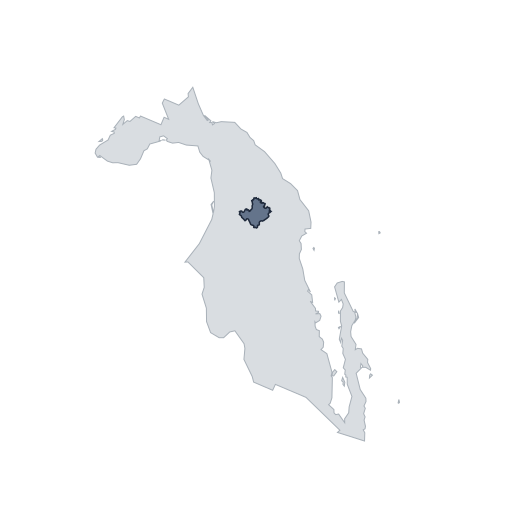 Guanajuato highlighted on a map of Mexico, rotated 203°
{"feature_id": "MEX-2728", "entity_name": "Guanajuato", "entity_type": "State", "adm_level": 1, "iso_a3": "MEX", "parent_name": "Mexico", "parent_adm1": "", "projection": "natural_earth1", "projection_center": [-100.934, 20.889], "detail": "fine", "context": "in_parent", "style": "filled", "palette": "slate", "viewbox_px": 512, "rotation_deg": 203, "n_neighbors": 0, "source": "natural_earth", "source_scale": "10m", "svg_char_len": 8196}
<svg xmlns="http://www.w3.org/2000/svg" viewBox="0 0 512 512"><g transform="rotate(203 256 256)"><path d="M83.8,128.1L112.1,125.4L110.7,128.4L154.7,145.4L188.0,145.4L188.2,138.9L208.9,139.0L212.4,143.6L226.7,156.1L230.1,166.6L232.7,170.6L246.2,178.9L250.5,175.8L253.9,168.1L258.0,166.4L267.8,167.7L275.9,176.3L281.3,188.6L290.8,199.8L291.4,206.9L295.6,215.6L316.3,223.9L319.0,222.6L313.0,245.2L311.0,272.3L312.0,278.1L317.5,285.9L316.4,290.0L316.7,285.8L312.1,279.2L313.6,285.3L319.1,298.0L328.0,310.2L330.1,317.7L336.4,325.5L334.7,325.3L338.2,327.1L337.1,326.0L343.6,327.0L348.3,329.6L352.5,334.6L363.5,330.9L371.6,330.3L376.9,327.3L382.6,326.8L383.8,327.9L383.4,329.4L388.0,330.5L391.1,328.1L390.2,324.1L388.7,325.1L389.1,324.3L397.5,317.6L397.9,312.2L400.3,309.1L400.3,300.3L401.7,293.8L408.1,290.0L419.5,288.0L424.4,285.8L429.9,285.3L439.1,287.5L439.8,286.1L437.4,286.0L440.5,285.0L444.3,287.9L445.0,291.8L443.3,297.0L437.5,305.0L437.3,310.3L434.4,313.5L435.0,314.7L437.6,314.3L434.9,317.6L434.9,319.0L436.8,318.6L433.4,331.9L432.5,333.1L430.5,330.1L430.0,325.1L427.4,330.3L424.6,330.6L421.3,337.5L417.3,337.5L417.0,339.7L394.8,339.7L394.8,347.8L389.8,347.7L402.0,360.1L401.7,364.7L386.0,364.7L380.4,376.1L382.0,379.0L380.1,386.6L368.6,373.6L359.4,364.9L353.8,361.6L353.1,362.5L358.4,365.4L350.3,362.8L350.8,360.7L348.7,361.6L347.3,359.7L345.9,361.7L348.6,362.7L344.5,363.2L340.5,366.1L327.8,370.7L319.5,367.0L312.6,366.2L307.9,362.8L303.2,361.3L300.2,358.0L288.9,355.4L274.8,348.5L265.6,342.0L261.8,337.6L252.3,336.1L243.3,332.4L237.6,325.1L225.2,318.2L218.6,308.7L216.4,302.8L221.4,300.0L220.6,297.5L218.4,296.7L221.7,292.3L222.1,286.9L219.4,285.1L216.8,279.8L216.9,274.9L215.2,270.6L207.9,262.4L201.6,252.6L191.8,244.1L194.6,245.7L194.8,243.8L189.5,242.0L185.7,235.3L188.4,235.5L180.8,231.0L179.7,228.7L176.8,229.5L176.4,228.5L178.6,225.9L174.8,227.9L172.6,226.0L172.2,221.6L175.0,217.7L176.0,218.4L174.1,214.4L171.7,211.9L168.5,212.0L166.3,206.5L162.4,205.4L160.0,203.0L158.5,198.3L159.6,195.2L152.6,193.8L140.6,178.6L140.0,175.0L138.2,173.9L130.7,155.1L130.2,149.4L131.1,147.5L124.3,145.1L122.9,142.1L120.7,141.1L118.2,142.8L109.2,137.2L110.8,140.8L109.4,147.9L111.3,153.5L112.8,164.2L121.9,173.6L124.7,180.0L126.1,179.7L126.8,181.6L128.1,181.8L129.3,185.9L132.0,187.2L133.3,195.8L138.0,200.2L139.6,205.0L141.8,206.5L143.3,212.3L145.2,213.7L144.2,209.4L146.8,211.9L149.8,225.1L152.8,228.9L156.8,238.4L156.1,242.4L157.0,245.9L160.4,249.4L161.7,245.9L171.6,258.3L170.7,262.9L166.7,266.3L164.5,266.7L160.3,256.5L144.8,242.9L143.3,243.0L140.2,238.8L139.6,235.8L140.6,229.4L139.3,223.3L137.0,219.0L129.4,213.7L128.0,208.5L126.5,210.7L122.6,211.7L119.8,208.2L112.7,204.5L111.7,201.5L106.4,197.1L106.0,195.6L111.5,196.4L114.7,195.1L114.7,196.5L117.4,198.0L116.4,194.4L115.2,194.2L118.0,187.2L107.9,173.8L99.3,168.0L97.9,165.1L98.0,160.1L95.9,158.5L95.3,152.9L92.7,150.5L92.4,147.2L88.7,142.0L88.1,139.5L89.4,137.9L86.8,135.8L83.8,128.1ZM140.1,178.8L139.1,182.2L136.4,181.1L137.6,176.0L139.2,175.4L140.1,178.8ZM128.8,178.1L124.9,174.5L123.9,170.7L125.9,171.9L126.4,174.0L128.4,174.6L128.8,178.1ZM443.3,304.0L442.3,302.8L442.7,301.3L445.3,300.0L443.3,304.0ZM140.3,243.0L137.5,239.5L139.3,232.4L138.7,238.7L140.3,243.0ZM104.5,192.3L102.3,191.8L103.9,188.0L104.8,190.8L104.5,192.3ZM68.4,179.7L66.7,177.3L67.1,176.2L67.8,176.3L68.4,179.7ZM142.7,243.1L144.3,245.9L140.8,243.2L142.7,243.1ZM206.5,285.2L206.1,286.4L205.2,285.9L204.8,283.9L206.5,285.2ZM157.9,235.9L158.6,238.0L156.7,235.3L157.9,235.9ZM151.2,221.5L152.2,222.4L150.6,224.4L151.2,221.5ZM152.5,326.4L151.8,326.7L150.7,325.8L151.6,324.6L152.5,326.4ZM386.5,326.8L384.5,327.3L387.9,326.1L386.5,326.8ZM167.3,248.2L166.3,248.0L166.2,245.9L167.3,248.2Z" fill="#d9dde1" stroke="#a8b0b8" stroke-width="1"/><path d="M287.6,287.9L287.6,288.1L287.5,288.3L287.5,288.5L287.6,288.9L287.6,289.0L287.5,289.3L287.6,289.8L287.8,290.0L288.1,290.0L288.4,290.1L288.6,290.2L288.6,290.4L288.5,290.6L288.4,290.7L288.2,290.8L287.9,291.0L287.7,291.2L287.7,291.3L287.6,291.5L287.4,291.6L287.1,291.7L286.8,291.7L286.5,291.7L286.2,291.4L285.9,291.2L285.7,291.1L285.2,291.1L284.9,291.2L284.6,291.4L284.4,291.7L284.3,292.2L284.2,292.7L284.1,293.2L284.1,293.7L284.1,294.1L284.1,294.4L284.0,294.8L283.9,295.0L283.7,295.2L283.4,295.3L283.3,295.5L283.2,295.6L282.8,295.7L282.6,295.5L282.5,295.3L282.3,295.0L282.2,295.0L282.2,294.9L281.8,295.0L281.6,295.2L281.4,295.4L281.2,295.5L280.9,295.4L280.7,295.4L280.4,295.3L280.1,295.2L279.9,294.6L279.7,294.4L279.3,294.7L279.2,295.0L279.1,295.3L278.9,295.5L278.8,295.9L278.8,296.2L278.8,296.4L278.7,296.7L278.6,296.9L278.5,297.1L278.2,297.7L278.2,298.3L278.3,298.9L278.6,299.5L278.8,300.0L279.0,300.2L279.1,300.5L279.2,301.0L279.2,301.6L279.2,302.1L279.4,302.6L279.5,302.7L279.5,302.8L279.8,303.1L280.1,303.4L280.3,303.7L280.4,304.1L280.5,304.4L280.8,304.6L281.0,304.7L281.1,305.0L281.4,305.1L281.5,305.1L281.6,305.3L281.4,305.5L281.2,305.8L281.1,306.0L281.0,306.4L280.8,306.6L280.7,306.6L280.4,306.6L280.3,306.8L280.3,307.0L280.2,307.3L280.4,307.7L280.5,308.2L280.5,308.7L280.3,308.8L280.0,308.9L279.7,308.9L279.4,308.9L279.1,309.0L278.9,309.4L278.8,309.6L278.6,309.7L278.5,309.3L278.5,309.2L278.3,309.1L278.0,309.1L277.7,309.1L277.3,309.2L277.1,309.2L276.9,309.2L276.6,309.2L276.4,309.2L276.2,309.4L276.2,309.7L275.9,309.6L275.7,309.6L275.4,309.2L275.2,309.0L275.1,308.9L275.0,308.7L274.8,308.9L274.7,309.1L274.2,309.3L273.8,309.4L273.6,309.4L273.4,309.3L273.1,309.2L272.7,309.0L272.5,308.8L272.4,308.4L272.6,308.2L272.9,308.1L273.1,308.0L273.2,307.7L273.0,307.4L273.0,307.2L272.7,306.9L272.4,306.9L272.1,306.9L271.8,307.0L271.7,307.1L271.4,306.9L271.0,306.9L270.8,307.2L270.8,307.6L270.6,307.8L270.4,307.9L270.1,307.9L269.9,307.8L269.6,307.7L269.3,307.7L269.2,307.7L268.9,307.7L268.7,307.6L268.4,307.7L268.2,307.8L267.9,307.6L267.9,307.2L268.0,306.8L268.0,306.4L267.9,306.2L267.8,305.9L267.9,305.7L268.0,305.6L267.9,305.3L267.7,305.2L267.8,304.9L268.0,304.8L268.3,304.7L268.3,304.2L268.1,304.0L267.8,304.0L267.6,303.9L267.4,303.9L267.3,303.7L267.1,303.6L266.7,303.5L266.3,303.6L266.1,303.7L265.6,303.7L265.5,303.8L265.4,304.0L265.5,304.2L265.5,304.3L265.4,304.4L265.3,304.6L265.2,305.0L264.9,305.4L264.8,305.6L264.6,305.4L264.4,305.4L264.0,305.4L263.6,305.3L263.4,305.3L263.2,305.5L263.1,305.4L262.9,305.3L262.7,305.3L262.4,305.5L262.1,305.5L262.0,305.4L261.9,305.2L261.8,304.9L261.7,304.8L261.7,304.7L261.5,303.4L261.5,303.1L261.3,302.9L261.1,303.0L260.9,303.4L260.8,303.5L260.6,303.4L260.7,303.1L260.9,302.5L259.6,302.8L259.7,302.5L259.9,302.1L260.1,301.6L260.4,301.1L260.8,300.7L261.1,300.4L261.2,299.9L261.1,299.3L261.1,299.2L260.8,298.8L260.4,298.5L260.1,298.2L259.8,297.9L259.7,297.4L259.8,297.0L260.0,296.5L260.2,296.1L260.3,295.9L260.4,295.6L260.5,295.3L260.7,295.1L260.8,294.9L261.1,294.3L261.5,293.7L261.9,293.1L262.3,292.6L262.3,292.4L262.4,292.2L262.5,292.0L262.6,291.8L262.8,291.7L263.0,291.6L263.1,291.4L263.3,291.1L263.4,290.9L263.5,290.8L263.6,290.7L263.9,290.6L264.1,290.6L264.3,290.6L264.5,290.6L264.8,290.5L264.9,290.4L265.3,290.1L265.6,289.7L265.8,289.4L266.0,289.0L266.1,288.7L266.1,288.4L266.1,288.1L266.0,287.9L265.8,287.4L265.5,287.0L265.3,286.5L265.2,286.0L265.5,285.6L266.0,285.2L266.5,284.8L266.5,284.4L266.3,284.1L266.1,283.8L266.0,283.5L265.9,283.1L266.0,282.8L266.2,282.4L266.4,282.1L266.7,281.9L267.2,282.1L267.5,282.2L267.9,282.0L268.3,281.7L268.7,281.5L269.0,281.4L269.3,281.5L269.5,281.8L269.5,282.0L269.5,282.4L269.6,282.6L269.8,282.9L270.0,283.0L270.5,283.1L271.0,283.1L271.4,282.9L271.9,282.9L272.2,282.9L272.7,282.9L273.1,283.0L273.4,283.2L273.6,283.4L273.8,283.6L274.0,283.8L274.2,284.0L274.7,284.5L275.3,285.0L275.9,285.5L276.5,286.0L276.9,286.5L277.2,286.7L277.5,286.9L277.9,286.9L278.3,286.9L278.7,286.8L279.0,286.6L279.1,286.3L279.2,286.0L279.2,285.7L279.3,285.4L279.3,285.2L279.4,284.8L279.5,284.7L279.7,284.4L279.9,284.3L280.0,284.2L280.2,284.3L280.3,284.4L280.5,284.5L280.8,284.6L281.1,284.8L281.4,284.9L281.6,285.0L281.8,285.1L282.0,285.2L282.1,285.3L282.3,285.3L282.8,285.5L283.2,285.6L283.6,285.8L284.0,285.9L284.0,286.0L284.6,286.4L285.0,286.9L285.5,287.4L286.1,287.4L286.5,287.4L286.9,287.6L287.2,287.8L287.6,287.9Z" fill="#64748b" stroke="#1e293b" stroke-width="1.5"/></g></svg>